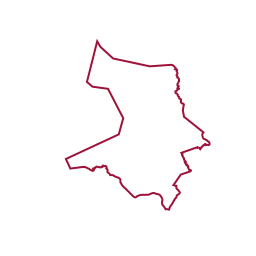 the district of Siguatepeque, Comayagua, Honduras, rotated 334°
{"feature_id": "27666195B5317078284159", "entity_name": "Siguatepeque", "entity_type": "district", "adm_level": 2, "iso_a3": "HND", "parent_name": "Honduras", "parent_adm1": "Comayagua", "projection": "mercator", "projection_center": [-87.863, 14.653], "detail": "fine", "context": "isolated", "style": "outline", "palette": "rose", "viewbox_px": 256, "rotation_deg": 334, "n_neighbors": 0, "source": "geoboundaries", "source_scale": "gbopen_adm2", "svg_char_len": 5595}
<svg xmlns="http://www.w3.org/2000/svg" viewBox="0 0 256 256"><g transform="rotate(334 128 128)"><path d="M197.0,94.9L196.7,94.7L196.6,93.4L196.4,92.5L195.8,91.2L195.1,90.6L194.4,90.1L174.6,82.1L145.1,59.0L138.7,42.8L138.3,36.6L111.3,68.6L114.2,75.3L127.2,84.0L128.0,117.1L125.5,119.9L116.9,129.7L58.6,128.6L58.4,139.2L70.9,143.4L71.1,143.8L71.6,143.9L72.3,144.2L72.7,144.7L73.3,145.5L73.8,146.0L74.2,146.6L74.6,147.1L75.1,147.6L75.4,148.1L75.7,149.0L76.2,149.5L77.3,151.0L77.5,151.1L77.8,151.2L78.2,151.2L78.4,151.1L79.2,150.5L79.3,150.3L79.2,150.1L79.0,149.9L78.6,149.6L78.7,149.3L78.9,149.1L79.1,149.1L79.4,149.2L79.9,149.8L80.1,149.8L80.5,149.2L80.9,149.1L81.3,149.4L82.2,148.9L82.7,148.9L83.0,149.0L83.7,149.7L84.0,150.1L85.2,150.6L85.6,150.9L85.8,151.3L86.4,151.6L86.8,151.6L87.0,151.5L87.3,151.4L87.6,151.5L87.9,151.7L88.1,151.7L88.3,151.3L88.5,151.0L88.7,150.8L88.9,150.7L89.5,151.2L89.7,151.6L89.8,151.8L90.1,152.0L90.9,152.1L91.2,152.3L91.4,152.6L91.5,153.1L91.6,153.6L91.5,154.0L91.4,154.4L90.7,154.8L90.7,155.0L90.9,155.3L91.1,155.8L91.4,156.4L91.4,156.5L91.0,157.2L90.9,157.5L90.5,158.0L90.3,158.3L90.3,158.6L90.3,159.1L90.4,159.3L90.6,159.6L91.0,160.2L91.3,160.9L91.4,161.2L91.3,162.2L91.4,162.5L91.9,162.8L92.8,163.2L93.0,163.4L93.8,163.8L94.1,164.0L94.3,164.4L94.4,164.9L94.6,165.1L95.4,166.3L96.3,167.3L97.3,168.1L97.5,168.3L97.9,169.1L98.2,169.5L98.4,170.0L98.5,170.4L98.3,171.6L98.0,172.2L97.5,173.2L97.4,173.6L97.5,174.5L97.6,175.0L97.6,175.4L97.5,175.8L97.7,177.2L98.0,178.0L98.4,179.7L99.1,181.0L100.1,184.2L100.9,186.1L101.0,186.6L101.1,187.1L102.5,191.1L103.3,192.7L103.5,193.0L103.8,193.3L104.2,193.6L104.6,193.7L105.0,193.7L105.9,193.4L106.5,193.3L109.1,193.5L110.4,193.8L110.9,194.0L111.6,194.4L112.7,194.8L113.1,195.1L113.9,195.5L115.1,195.9L116.4,196.7L117.0,196.9L117.8,197.0L121.4,197.2L121.9,197.4L122.9,197.8L124.6,199.7L126.1,200.8L126.6,201.2L127.0,201.8L127.2,202.1L127.6,203.9L127.8,205.7L127.8,206.2L127.5,207.5L127.4,207.8L126.9,208.5L126.3,209.2L126.0,209.7L125.3,211.5L125.3,211.8L125.3,212.1L125.5,212.9L125.9,214.5L126.0,215.5L126.1,215.9L126.1,216.4L126.2,217.1L126.2,217.5L127.6,218.1L129.1,219.4L131.0,217.4L131.5,217.0L133.2,216.2L134.0,215.8L136.8,213.9L137.1,213.7L137.2,213.4L137.3,213.3L137.6,213.2L138.1,213.1L138.3,212.9L139.4,212.1L141.2,211.5L141.4,211.3L141.9,210.4L142.0,210.3L142.8,209.9L143.3,209.7L143.6,209.7L144.0,209.8L144.4,209.8L145.3,209.5L145.7,209.4L146.1,209.0L146.3,208.7L146.3,208.3L146.3,207.9L146.0,206.7L146.0,206.3L145.7,205.3L145.2,204.2L145.1,203.7L145.1,203.4L145.3,203.1L145.5,202.8L145.5,202.6L145.5,202.2L146.0,201.3L146.1,201.2L145.9,201.0L145.1,200.6L144.4,199.8L143.8,199.3L155.0,193.0L165.1,194.3L165.8,194.0L166.0,193.9L166.0,193.7L165.9,193.6L165.7,193.2L165.0,192.7L164.9,192.6L164.7,192.5L164.7,192.0L164.6,190.8L164.7,190.7L164.8,190.6L164.8,190.0L164.7,189.6L164.8,189.4L165.2,189.1L165.1,188.8L165.0,188.4L165.1,188.1L165.3,187.9L165.2,187.5L165.1,187.4L164.9,187.4L164.6,187.5L164.3,187.4L164.2,187.3L164.2,187.1L164.3,186.9L164.5,186.4L164.4,186.2L164.2,186.1L164.2,185.9L164.8,185.6L164.8,185.4L164.7,185.1L164.1,184.4L163.9,184.1L164.0,183.9L164.6,184.0L164.7,183.9L164.8,183.8L164.6,183.5L164.6,183.2L164.8,183.2L165.0,183.2L164.9,182.9L164.5,182.4L164.4,182.2L164.5,182.1L164.6,181.9L164.7,181.7L164.6,180.9L164.6,180.5L164.7,180.3L165.1,179.6L165.0,179.3L164.8,178.8L164.7,178.4L164.7,178.1L165.0,176.8L164.9,176.3L164.8,176.1L164.7,176.1L164.7,175.9L164.9,175.4L165.5,175.3L165.6,175.1L165.3,174.5L165.0,173.9L165.0,173.7L182.0,175.7L182.1,176.1L182.0,176.3L182.4,176.3L182.6,176.4L183.1,176.9L183.3,177.1L183.4,177.6L183.5,178.6L183.6,178.8L183.8,178.7L184.1,178.2L184.4,177.8L184.5,177.7L184.9,177.7L185.3,177.9L185.7,177.5L186.2,177.1L186.9,177.2L187.3,177.1L188.1,176.5L189.3,176.5L189.8,176.3L190.3,176.1L190.5,176.2L190.6,176.3L190.5,176.6L190.4,176.7L189.8,176.7L189.8,176.8L189.8,177.2L190.0,177.4L192.1,178.0L192.4,178.2L192.8,178.6L193.1,178.7L193.4,178.7L193.8,178.6L194.1,178.4L194.3,178.2L194.5,177.7L194.7,176.5L194.7,176.1L194.7,175.8L194.4,175.5L193.8,174.8L193.7,174.6L193.7,174.1L193.6,173.7L193.1,173.3L192.7,172.4L192.5,172.2L191.7,171.4L191.2,170.5L191.1,169.9L191.1,169.5L191.3,168.6L191.4,167.6L192.0,166.4L192.2,166.0L192.6,165.7L193.1,165.4L193.7,165.1L193.9,165.0L183.3,142.5L185.0,136.2L188.6,131.2L188.5,130.8L188.2,130.3L188.0,130.0L187.1,129.4L187.0,129.2L187.0,128.5L186.9,128.0L186.9,127.7L187.2,127.5L187.3,127.2L187.5,126.5L187.7,126.3L188.1,126.0L188.2,125.8L188.2,125.6L188.1,125.3L187.2,124.3L187.0,123.8L187.0,123.6L187.5,122.9L187.5,122.5L187.2,121.9L187.0,121.2L187.0,120.4L187.1,120.1L187.3,119.9L187.3,119.7L187.1,118.7L186.9,118.4L186.3,117.9L186.2,117.8L186.4,116.3L186.6,116.0L186.7,115.8L187.0,115.8L187.3,115.9L187.8,115.9L188.1,115.8L188.8,115.4L189.3,115.4L189.5,115.3L189.6,115.2L189.9,115.2L190.7,115.2L191.0,115.1L191.1,114.9L190.8,114.7L190.2,114.6L189.8,114.4L189.7,114.2L189.8,114.1L189.9,113.9L190.9,113.1L191.4,112.9L191.8,112.8L191.9,112.7L191.9,112.4L191.5,111.6L191.4,111.5L191.1,111.4L191.1,111.1L191.6,110.6L191.9,110.0L192.8,109.5L193.7,108.6L194.1,108.4L194.5,108.3L194.6,108.2L194.6,107.9L194.8,107.2L195.3,106.4L195.0,105.3L195.0,105.0L195.1,104.6L194.7,104.4L194.5,104.2L194.7,103.4L194.9,102.8L194.8,102.4L194.7,102.1L194.7,101.8L194.8,101.7L195.4,101.4L195.9,101.2L196.0,101.0L196.3,100.8L196.4,100.5L196.5,100.3L196.6,99.3L196.6,98.9L196.6,98.6L196.6,98.4L196.8,98.2L197.6,97.5L197.4,97.0L196.8,96.6L196.6,96.4L197.2,96.4L197.3,96.4L197.3,96.1L197.1,95.8L197.0,94.9Z" fill="none" stroke="#9f1239" stroke-width="2"/></g></svg>